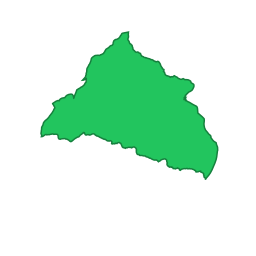 Quero, Tungurahua, Ecuador (Robinson projection), rotated 239°
{"feature_id": "8360857B96078226152486", "entity_name": "Quero", "entity_type": "district", "adm_level": 2, "iso_a3": "ECU", "parent_name": "Ecuador", "parent_adm1": "Tungurahua", "projection": "robinson", "projection_center": [-78.619, -1.43], "detail": "fine", "context": "isolated", "style": "filled", "palette": "green", "viewbox_px": 256, "rotation_deg": 239, "n_neighbors": 0, "source": "geoboundaries", "source_scale": "gbopen_adm2", "svg_char_len": 5888}
<svg xmlns="http://www.w3.org/2000/svg" viewBox="0 0 256 256"><g transform="rotate(239 128 128)"><path d="M145.7,72.0L145.6,73.0L146.2,76.7L146.2,80.3L145.8,81.0L145.8,81.5L146.5,83.4L146.6,85.4L146.9,87.0L147.1,87.4L146.5,88.2L146.3,88.2L146.0,87.8L145.6,87.8L145.0,88.0L144.1,88.0L143.5,88.5L143.3,89.7L142.7,90.4L142.5,91.0L141.9,91.2L141.4,92.3L141.3,94.2L141.0,95.1L140.3,95.9L139.6,96.3L138.7,96.3L138.3,96.8L137.5,96.9L136.7,97.8L135.9,98.4L134.0,99.4L133.2,100.1L132.3,100.5L131.8,101.0L131.1,101.3L130.4,102.2L130.0,102.4L129.8,102.8L128.1,103.4L127.6,103.8L127.3,104.0L127.1,104.6L126.5,105.0L126.3,106.2L125.7,106.7L124.5,107.1L124.1,106.9L123.2,106.0L122.5,106.1L122.4,106.2L122.2,107.3L121.6,107.9L121.4,108.2L121.5,109.2L121.0,109.4L120.9,110.0L120.4,110.6L120.6,110.8L120.6,111.9L120.0,113.1L119.6,113.1L118.7,113.9L114.9,113.4L114.6,113.4L114.4,113.7L113.9,113.6L113.7,113.7L113.1,114.4L112.7,114.6L112.4,115.4L111.9,115.5L112.0,116.3L111.4,117.2L111.3,118.3L110.5,119.5L110.3,120.0L109.8,120.3L109.6,120.9L109.2,120.9L109.2,121.3L109.0,121.8L109.1,122.2L108.8,123.2L108.4,123.7L106.5,124.4L105.1,124.1L104.9,123.8L104.5,123.8L104.0,123.2L103.3,123.0L102.7,122.6L100.8,122.4L100.4,122.6L99.9,123.1L99.6,123.8L98.6,123.8L98.1,124.4L97.3,125.8L96.3,126.7L95.0,128.5L94.3,128.7L94.0,128.7L92.8,130.0L91.0,131.0L90.5,131.7L89.4,132.2L87.7,133.4L87.1,133.9L85.9,135.9L85.2,136.3L83.4,136.7L83.5,137.4L83.4,137.5L83.3,138.8L83.6,139.9L83.4,141.2L82.9,142.9L82.5,143.8L82.1,143.9L81.7,144.3L80.7,144.6L78.8,143.8L77.9,143.8L77.4,143.4L77.2,142.9L76.4,142.6L75.5,142.5L74.7,142.7L74.7,142.9L74.1,143.2L73.7,143.1L73.4,143.4L73.1,143.4L72.6,144.7L72.2,144.8L72.2,145.1L71.8,145.2L71.5,145.8L70.7,145.8L70.3,146.0L69.9,145.9L69.1,147.2L68.8,147.3L68.5,147.7L68.7,148.0L68.2,149.1L68.2,150.0L67.4,150.3L66.9,150.8L66.5,150.9L66.1,150.9L65.6,150.6L65.3,150.7L64.8,151.0L64.8,151.5L65.1,152.0L65.1,152.5L64.5,154.7L64.3,155.3L63.4,156.4L63.0,157.8L62.2,158.2L61.6,159.5L61.6,159.8L61.0,160.2L60.3,161.4L58.7,162.7L57.8,163.3L57.3,163.3L56.8,163.9L56.1,163.9L55.5,163.6L55.2,163.8L55.2,164.0L54.4,165.3L54.2,166.6L53.6,168.0L52.9,167.7L51.0,169.0L49.8,169.3L48.9,168.6L47.9,168.7L47.4,168.2L46.9,168.0L46.3,168.0L45.1,168.6L43.9,167.7L44.7,169.2L45.9,172.8L47.1,175.5L48.9,178.5L53.1,184.3L55.5,187.2L57.5,189.1L62.1,192.7L62.7,193.4L65.5,194.9L68.5,195.4L69.7,195.9L70.1,195.9L72.5,194.7L73.8,194.4L77.3,194.1L77.5,194.4L78.3,194.8L79.2,194.8L81.5,194.0L83.2,193.9L86.1,193.4L87.8,193.6L88.4,193.6L91.2,194.6L92.7,195.4L94.9,197.1L96.4,197.9L96.9,198.0L99.4,197.4L104.9,195.6L108.5,197.4L109.5,197.8L110.4,198.0L111.3,197.9L114.7,195.8L118.5,193.8L119.7,192.9L121.6,192.0L122.0,192.1L122.0,191.8L123.1,192.3L122.7,191.5L123.3,191.6L124.0,192.7L124.0,191.2L124.2,191.4L124.9,191.7L125.0,192.6L125.2,192.4L125.4,193.1L126.5,194.1L126.4,194.9L126.9,195.8L127.0,196.8L127.4,197.9L127.5,198.9L127.3,200.3L127.4,202.3L127.9,203.4L129.2,205.4L129.8,206.0L131.0,206.7L131.9,206.7L134.3,205.4L135.8,205.8L136.8,205.4L138.3,204.4L139.1,203.4L140.2,201.6L140.8,201.3L141.1,201.2L141.9,200.7L142.1,199.1L142.6,198.2L143.4,197.6L143.7,197.5L144.6,196.6L145.6,196.5L146.5,196.1L147.5,195.3L148.9,194.7L149.0,193.8L148.7,193.2L148.7,192.8L149.1,192.5L149.6,191.7L149.8,191.3L149.6,191.1L149.6,190.5L150.3,190.1L150.7,190.1L152.4,188.7L152.6,188.3L153.9,187.6L154.3,187.4L155.2,187.5L157.0,188.0L158.1,187.5L158.5,188.1L159.6,188.9L159.9,188.8L160.3,188.4L161.3,188.1L161.6,188.3L162.2,188.3L162.8,188.2L163.2,188.2L164.6,188.2L166.1,188.6L168.1,188.6L168.4,188.4L168.7,188.5L169.2,188.3L169.8,187.9L170.0,186.7L170.2,186.2L170.7,186.0L170.7,185.8L171.2,185.4L171.6,185.3L171.8,184.9L173.1,184.5L174.3,183.7L174.5,183.2L174.8,182.8L175.2,182.8L176.2,182.1L177.8,180.5L178.6,180.0L178.9,179.4L179.4,179.2L180.3,178.1L181.1,177.9L182.2,177.1L182.6,176.7L183.3,176.9L184.3,176.7L185.5,177.1L186.3,176.2L187.3,176.1L188.2,175.4L188.4,174.6L189.0,173.8L189.6,173.5L191.0,173.3L192.0,172.9L193.3,172.8L193.5,173.1L193.9,173.3L195.1,173.6L195.7,173.6L196.5,174.0L197.1,174.0L197.7,173.7L198.7,173.6L199.0,173.2L199.5,173.0L201.7,173.5L203.8,173.4L204.8,174.1L205.2,174.8L206.4,175.7L208.3,176.5L208.6,176.9L209.3,177.2L210.0,177.8L211.4,174.0L212.1,172.0L212.1,171.4L211.2,169.9L211.0,169.1L210.5,168.5L209.7,166.4L209.7,164.5L209.8,164.0L210.2,163.1L210.3,162.3L210.0,160.7L208.9,159.4L207.5,158.3L207.2,157.4L207.0,157.0L207.4,156.0L207.4,154.6L207.2,153.8L206.9,153.3L206.8,149.7L206.0,148.1L205.4,147.3L205.0,146.2L204.5,145.4L204.7,142.8L204.9,142.1L204.8,141.0L205.4,140.4L206.2,139.0L207.0,137.3L207.1,136.8L207.0,134.5L206.7,133.0L206.4,132.4L204.6,130.7L203.6,129.4L202.6,128.0L202.1,126.7L201.4,125.9L200.5,124.1L199.8,123.2L197.4,121.5L196.3,120.2L195.4,119.9L195.1,119.2L193.6,117.7L192.4,113.7L191.9,114.8L191.8,117.7L190.9,117.2L190.6,116.8L189.2,115.9L188.8,115.4L188.6,114.4L187.6,113.0L187.0,110.1L187.2,108.9L187.0,107.2L187.1,105.8L187.0,103.7L185.2,101.6L183.1,98.7L181.6,97.2L181.6,96.9L182.6,97.3L184.2,97.7L185.5,97.5L185.9,97.2L186.5,96.4L187.3,94.3L187.5,92.4L187.3,91.3L186.6,89.4L187.6,86.8L187.7,85.0L187.4,84.0L186.8,83.1L186.8,82.9L187.5,82.4L187.7,81.8L187.9,80.7L188.0,79.9L187.8,76.0L187.6,75.9L186.4,76.0L183.2,75.8L182.7,75.4L182.4,74.5L181.3,73.0L179.9,70.3L179.7,69.6L179.0,67.9L178.7,67.0L178.3,66.3L177.9,65.4L177.3,63.3L177.0,61.0L176.6,59.6L175.8,58.0L175.1,57.4L174.3,56.5L173.1,54.4L171.2,53.1L170.2,52.2L169.3,51.6L168.4,50.8L167.9,50.5L166.2,50.3L165.2,49.3L164.7,50.5L164.8,52.6L164.9,53.1L164.8,54.0L164.5,54.6L164.1,54.7L163.9,54.9L163.5,56.2L162.9,56.8L162.5,58.3L161.8,60.0L161.7,60.5L160.8,61.1L160.1,62.6L159.2,63.8L158.8,64.1L157.5,64.2L156.2,63.5L155.3,63.2L154.6,63.1L154.2,63.2L153.7,63.6L153.2,64.2L153.2,64.7L152.7,66.0L151.4,68.6L150.7,68.8L150.0,69.8L148.2,70.9L146.5,71.4L145.7,72.0Z" fill="#22c55e" stroke="#15803d" stroke-width="1.5"/></g></svg>